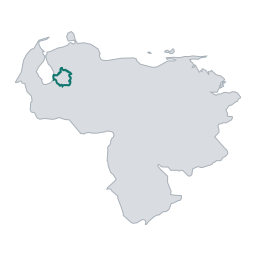 Trujillo on a map of Venezuela (Mercator projection)
{"feature_id": "VEN-29", "entity_name": "Trujillo", "entity_type": "State", "adm_level": 1, "iso_a3": "VEN", "parent_name": "Venezuela", "parent_adm1": "", "projection": "mercator", "projection_center": [-70.512, 9.496], "detail": "medium", "context": "in_parent", "style": "outline", "palette": "teal", "viewbox_px": 256, "rotation_deg": 0, "n_neighbors": 0, "source": "natural_earth", "source_scale": "10m", "svg_char_len": 4883}
<svg xmlns="http://www.w3.org/2000/svg" viewBox="0 0 256 256"><path d="M237.5,93.0L240.6,97.1L240.3,98.1L238.4,99.0L237.3,101.4L234.9,102.4L231.5,105.2L229.3,105.4L225.9,110.0L227.7,113.7L227.3,115.5L228.1,116.4L232.1,116.5L232.5,117.5L232.0,119.0L231.3,120.0L225.9,122.9L223.3,122.6L222.2,123.5L218.8,124.2L217.8,125.9L218.7,128.3L219.1,132.2L214.7,136.8L225.5,149.1L226.7,149.8L227.8,152.6L227.4,154.3L225.5,156.3L222.8,157.7L221.1,160.3L219.5,160.8L216.5,160.6L215.1,162.0L213.2,162.5L212.0,164.4L202.0,167.6L197.7,166.6L192.7,168.9L191.8,174.7L190.3,176.0L188.4,176.0L182.3,170.1L179.1,171.0L177.0,170.2L170.9,170.4L168.1,167.1L161.7,166.9L159.2,164.6L158.1,164.6L157.6,165.3L160.1,169.0L167.6,176.1L167.6,182.5L171.1,191.4L170.5,194.2L172.5,195.0L181.4,195.7L181.3,198.8L180.2,200.3L178.4,200.5L173.8,202.9L171.1,203.7L169.3,208.9L167.8,210.4L166.2,211.6L163.2,211.7L159.1,215.0L157.6,214.9L154.2,216.6L148.6,221.4L146.7,224.3L145.4,224.4L145.9,221.8L145.2,220.4L143.9,219.7L142.7,219.6L141.1,220.2L137.0,222.8L132.9,223.3L130.8,222.2L123.4,215.5L123.2,213.2L121.5,207.9L117.7,198.0L117.8,196.1L111.9,191.1L111.0,189.3L108.6,188.7L107.0,189.3L107.4,187.7L115.4,180.5L116.1,179.0L113.0,174.4L111.3,173.1L110.3,171.5L108.3,165.9L107.8,161.6L107.1,160.8L107.9,150.3L107.6,148.0L108.2,146.2L109.8,145.0L110.6,143.2L110.8,140.7L111.8,138.6L113.4,137.0L114.0,135.4L113.3,132.8L111.9,131.7L107.0,130.9L105.7,131.7L96.8,133.2L92.4,133.2L89.1,132.5L86.5,132.7L83.6,134.1L82.1,133.3L80.9,133.7L69.2,119.8L64.9,119.5L59.1,117.5L54.5,119.1L52.6,119.3L44.4,118.5L39.9,119.2L38.0,118.5L36.7,117.4L34.6,112.8L31.5,112.1L30.2,110.2L30.7,102.8L32.1,100.8L31.6,97.4L31.2,95.8L27.0,91.7L24.8,83.6L22.1,83.1L21.3,81.4L20.5,81.0L18.2,82.2L15.9,82.6L15.4,82.2L21.3,72.1L23.6,60.2L26.6,54.4L30.7,49.7L34.0,48.3L38.8,40.3L49.4,37.0L46.6,39.4L40.3,41.0L38.8,41.9L39.0,44.6L40.8,48.4L44.1,51.4L42.6,51.7L43.3,54.4L44.8,56.3L44.9,57.4L43.7,61.0L38.8,66.7L36.2,71.7L38.2,74.6L38.5,76.1L42.1,79.8L41.7,81.2L43.3,84.2L45.8,84.6L50.7,82.7L53.3,79.6L53.9,73.5L53.4,71.4L50.4,66.1L48.3,64.1L46.5,59.5L45.7,55.4L47.1,54.4L46.9,52.2L50.3,51.6L57.7,48.1L62.3,47.2L67.5,45.3L69.8,42.8L70.6,42.6L73.3,44.1L74.6,43.6L75.2,42.4L74.4,40.2L68.2,41.0L66.6,36.6L68.0,33.0L71.3,31.6L73.7,33.7L75.3,40.1L77.5,43.5L84.2,42.8L90.9,44.3L98.0,48.9L100.2,53.7L99.3,54.9L99.7,56.9L100.8,58.9L102.4,60.2L106.8,60.6L121.5,58.2L133.9,57.9L136.2,58.8L136.5,60.5L140.4,64.2L152.5,67.4L157.1,66.9L168.1,60.8L174.0,61.0L175.7,60.0L173.5,59.1L168.6,58.7L167.1,59.4L166.3,57.8L173.4,57.3L179.6,57.7L184.7,56.5L188.8,56.6L192.9,55.9L200.5,56.7L206.6,56.0L205.9,57.0L200.7,57.8L198.2,59.3L193.0,59.0L189.3,59.6L190.5,60.0L190.5,61.5L191.5,61.8L193.1,63.6L193.5,65.2L192.2,67.6L193.7,67.4L194.6,66.6L194.6,64.9L195.4,65.2L199.2,72.2L200.9,70.5L202.0,71.6L202.0,68.9L203.3,69.0L206.1,70.7L208.9,74.8L208.4,71.7L210.8,71.6L211.4,70.3L216.0,74.7L221.0,76.0L224.6,79.3L223.8,81.0L221.7,81.8L220.8,82.8L219.2,88.1L217.1,92.2L210.9,92.2L216.1,95.4L218.0,94.1L220.6,94.0L224.5,92.3L229.8,93.0L232.2,91.7L235.1,91.9L237.5,93.0ZM173.8,49.4L174.3,51.6L172.6,53.5L170.3,53.6L168.6,52.3L167.6,52.6L164.6,51.9L165.5,50.7L167.7,50.2L169.4,51.5L170.8,51.6L171.1,50.5L173.0,48.8L173.8,49.4ZM223.5,86.3L220.2,88.0L220.0,86.3L222.6,84.2L223.7,85.5L223.5,86.3ZM151.1,53.2L150.2,53.6L147.7,52.7L148.2,52.1L149.6,52.1L151.1,53.2ZM224.2,83.1L222.2,83.6L222.7,82.4L224.8,81.7L225.6,82.0L224.2,83.1Z" fill="#d9dde1" stroke="#a8b0b8" stroke-width="1"/><path d="M53.8,79.7L53.8,79.3L53.5,78.4L53.4,76.9L53.2,76.2L53.6,75.5L53.6,75.3L53.7,75.0L54.6,75.2L55.1,75.1L55.5,75.3L56.0,75.2L56.6,75.3L57.1,75.3L57.4,75.2L57.8,74.6L58.2,74.0L58.4,73.8L58.8,73.7L58.7,73.5L58.7,73.3L59.1,72.6L59.3,72.5L59.6,72.8L59.8,72.8L60.0,72.7L60.5,72.3L60.7,72.1L60.8,71.7L60.8,71.3L60.4,70.2L60.4,69.3L60.8,68.5L61.0,68.2L61.3,68.0L61.5,67.9L62.0,68.0L62.0,68.7L62.3,69.0L62.6,69.6L62.8,69.8L63.1,69.8L63.8,70.3L64.0,70.3L64.7,69.9L65.3,69.8L65.5,69.8L65.9,70.5L66.7,70.7L67.1,71.3L67.3,71.5L67.6,71.3L67.8,71.1L68.2,71.5L68.7,72.2L68.9,72.2L69.5,72.3L69.8,72.3L70.0,72.5L70.2,72.8L71.0,73.5L71.2,73.8L70.8,74.1L70.7,74.2L70.3,74.2L70.1,74.2L69.3,74.8L69.2,74.9L69.1,75.1L69.2,75.3L69.6,76.7L69.7,76.8L70.4,77.1L70.8,78.2L70.5,79.1L70.3,79.4L70.0,79.8L69.6,80.4L69.2,80.8L69.1,81.1L69.2,81.3L69.5,81.3L69.9,81.4L70.0,81.4L70.3,81.2L70.4,81.4L70.3,83.0L70.1,83.7L69.9,84.0L69.7,84.2L69.5,84.9L69.3,85.1L68.8,85.1L68.4,85.3L67.8,85.3L67.2,85.1L66.9,85.0L66.5,85.1L65.6,85.2L64.3,85.0L64.0,85.1L63.1,85.4L62.9,85.7L62.5,86.2L62.4,85.9L62.4,85.3L62.0,85.1L61.9,84.8L61.7,84.7L61.2,84.9L60.7,85.4L60.1,85.7L59.8,85.7L59.6,85.5L59.5,85.3L59.4,85.0L59.3,84.7L59.2,84.5L58.9,84.4L58.7,84.4L58.3,83.9L58.1,83.8L57.7,83.6L57.2,83.3L57.0,83.1L56.7,82.5L56.6,82.2L56.2,80.6L56.1,80.3L55.9,80.2L55.7,80.0L55.2,79.5L54.5,79.4L54.2,79.5L53.8,79.7Z" fill="none" stroke="#0f766e" stroke-width="2"/></svg>